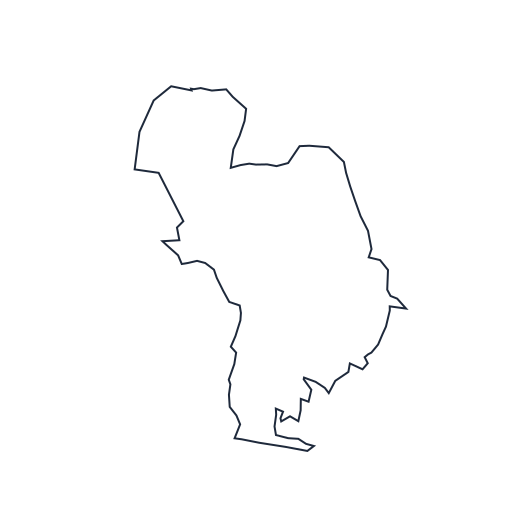 outline of Makounta, Paphos, Cyprus, rotated 233°
{"feature_id": "46923920B29039462994736", "entity_name": "Makounta", "entity_type": "district", "adm_level": 2, "iso_a3": "CYP", "parent_name": "Cyprus", "parent_adm1": "Paphos", "projection": "orthographic", "projection_center": [32.481, 35.053], "detail": "fine", "context": "isolated", "style": "outline", "palette": "slate", "viewbox_px": 512, "rotation_deg": 233, "n_neighbors": 0, "source": "geoboundaries", "source_scale": "gbopen_adm2", "svg_char_len": 1502}
<svg xmlns="http://www.w3.org/2000/svg" viewBox="0 0 512 512"><g transform="rotate(233 256 256)"><path d="M123.3,129.2L118.2,134.3L105.0,146.1L85.9,164.6L69.4,179.7L69.4,180.7L69.4,187.9L75.9,182.9L84.5,179.8L91.2,172.0L101.0,164.2L108.7,168.2L117.1,176.6L122.2,180.0L115.4,183.9L111.7,177.9L108.7,176.6L107.5,186.7L98.6,190.4L105.9,198.8L114.9,205.8L108.0,210.3L115.9,219.7L128.8,219.9L130.0,221.2L119.6,227.9L109.2,231.6L102.7,231.6L108.6,244.2L107.8,260.0L113.7,266.3L101.4,272.9L103.1,280.7L109.8,281.9L110.0,286.3L109.4,290.0L111.8,300.2L117.6,310.3L121.4,317.3L131.9,330.0L135.3,332.5L123.7,344.2L137.0,343.1L143.1,339.4L150.1,340.5L165.4,353.0L178.1,352.6L187.1,345.2L192.0,352.4L208.7,360.6L224.9,363.5L240.6,368.4L254.9,373.1L268.2,378.0L275.5,381.5L278.2,382.8L299.1,379.5L312.0,364.9L317.5,356.9L310.9,337.6L315.4,326.5L322.4,320.1L329.1,310.9L333.8,306.2L337.9,298.4L341.6,288.9L354.8,302.1L361.8,315.1L370.7,328.1L379.5,336.7L397.1,333.2L407.0,332.5L414.7,320.3L423.4,312.9L426.6,306.8L428.7,304.8L427.0,304.2L442.6,290.4L441.8,267.9L425.3,237.7L398.2,211.2L381.0,228.3L327.5,218.9L326.3,210.0L314.7,204.3L324.1,190.2L318.4,191.2L303.4,194.2L294.3,191.9L291.3,197.6L287.6,206.0L281.0,211.2L270.4,214.2L262.2,211.5L247.7,208.8L235.4,207.0L226.3,213.2L219.6,209.7L214.0,204.8L209.8,198.9L204.4,191.4L198.7,181.3L190.8,182.0L182.7,173.6L173.6,159.8L168.9,158.3L161.5,150.9L151.3,144.2L140.4,144.4L131.1,142.0L127.3,135.8L123.3,129.2Z" fill="none" stroke="#1e293b" stroke-width="2"/></g></svg>